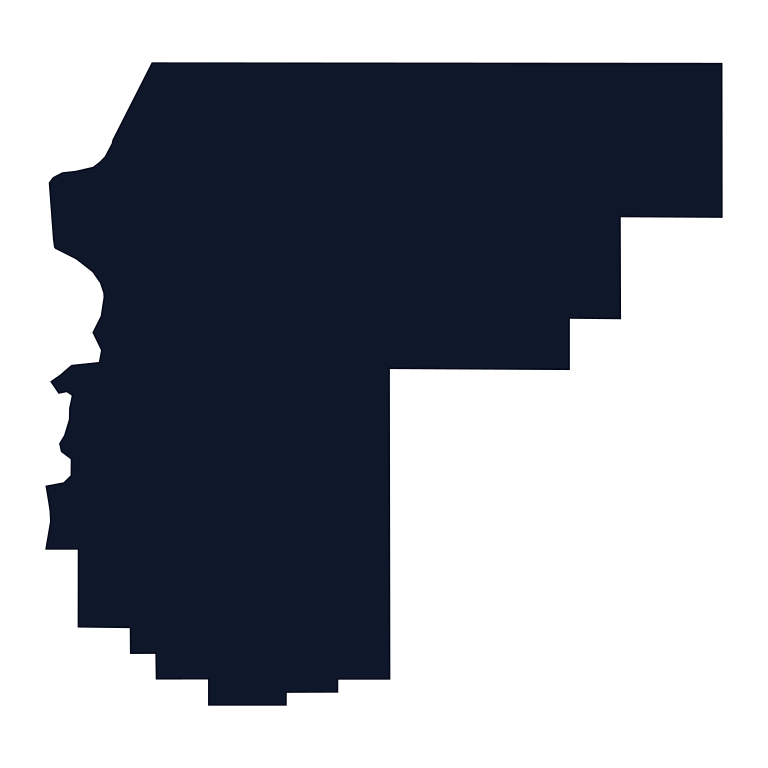 Payette, Idaho, United States of America (Albers equal-area conic projection)
{"feature_id": "52423323B59144379329790", "entity_name": "Payette", "entity_type": "district", "adm_level": 2, "iso_a3": "USA", "parent_name": "United States of America", "parent_adm1": "Idaho", "projection": "albers", "projection_center": [-116.889, 43.973], "detail": "fine", "context": "isolated", "style": "filled", "palette": "ink", "viewbox_px": 768, "rotation_deg": 0, "n_neighbors": 0, "source": "geoboundaries", "source_scale": "gbopen_adm2", "svg_char_len": 851}
<svg xmlns="http://www.w3.org/2000/svg" viewBox="0 0 768 768"><path d="M46.1,548.9L78.5,548.9L78.4,626.8L130.5,627.4L130.7,653.2L156.1,653.1L156.5,678.8L208.8,678.7L208.8,704.9L286.0,704.9L286.0,692.1L337.5,691.9L337.5,678.9L389.6,678.9L389.1,368.3L569.1,369.3L569.1,318.0L620.3,318.5L620.0,216.5L721.9,217.1L721.7,63.6L152.2,63.1L113.1,140.1L112.3,143.8L105.4,156.8L100.1,162.3L93.3,167.5L75.5,171.6L62.5,173.0L53.4,177.7L49.5,182.9L53.7,239.5L54.7,247.0L55.6,248.2L76.4,258.7L92.9,271.6L100.7,282.8L104.0,292.8L104.3,297.3L101.4,316.3L93.2,332.5L101.8,350.2L99.5,362.7L71.7,365.6L60.3,375.4L51.2,381.7L58.9,393.0L66.9,391.4L72.5,395.2L71.7,399.7L69.9,408.0L69.6,419.6L64.8,435.5L59.9,443.6L61.6,451.5L71.5,458.9L71.3,475.7L63.9,483.0L46.3,486.3L49.1,503.1L50.3,511.2L50.8,521.5L46.1,548.9Z" fill="#0f172a" stroke="#020617" stroke-width="1.5"/></svg>